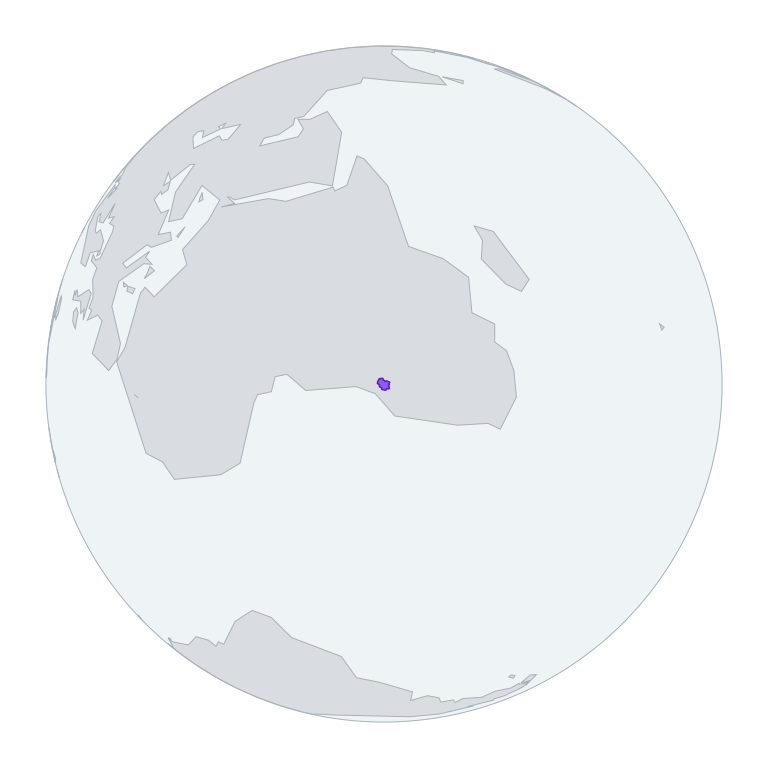 the Earth from above Huambo, rotated 297°
{"feature_id": "AGO-1890", "entity_name": "Huambo", "entity_type": "Province", "adm_level": 1, "iso_a3": "AGO", "parent_name": "Angola", "parent_adm1": "", "projection": "orthographic", "projection_center": [15.812, -12.604], "detail": "coarse", "context": "on_globe", "style": "filled", "palette": "violet", "viewbox_px": 768, "rotation_deg": 297, "n_neighbors": 0, "source": "natural_earth", "source_scale": "10m", "svg_char_len": 5619}
<svg xmlns="http://www.w3.org/2000/svg" viewBox="0 0 768 768"><g transform="rotate(297 384 384)"><circle cx="384" cy="384" r="338" fill="#eef3f6" stroke="#a8b0b8"/><path d="M193.3,105.0L192.3,105.8L187.4,109.3L180.3,114.4L193.3,105.0ZM159.5,131.5L156.3,134.4L153.0,137.4L159.5,131.5ZM52.5,318.7L50.6,328.8L54.6,309.2L53.6,316.0L59.6,307.2L58.2,312.2L62.7,328.2L73.5,331.2L76.0,343.8L74.1,353.3L79.2,353.5L79.3,359.3L104.9,359.1L122.4,369.3L124.8,389.7L116.1,416.8L121.8,469.7L109.8,492.9L116.0,514.6L122.6,549.1L114.1,551.4L126.1,564.4L129.3,575.4L126.4,579.0L134.1,589.4L132.4,591.9L139.5,597.0L149.1,613.2L160.8,622.6L170.9,635.2L178.7,640.4L178.0,641.2L180.5,644.4L184.9,647.8L177.2,645.4L160.9,632.9L153.3,624.9L152.1,625.1L134.5,604.9L137.8,610.0L114.7,582.6L99.1,557.8L66.8,490.6L61.8,479.1L57.2,469.7L55.0,461.3L50.4,437.8L47.4,414.0L46.1,390.1L46.6,366.2L48.7,342.3L52.5,318.7ZM194.2,651.8L179.9,647.2L186.0,648.7L179.9,641.8L191.2,646.4L194.2,651.8ZM180.6,633.1L179.7,628.2L182.5,629.3L183.7,633.0L180.6,633.1ZM491.6,63.7L495.8,65.2L498.0,65.9L495.7,65.1L518.9,74.2L541.4,85.0L563.0,97.4L583.7,111.4L603.2,126.8L621.6,143.7L638.7,161.9L654.4,181.3L668.6,201.8L681.2,223.3L692.3,245.6L701.7,268.7L709.3,292.5L715.2,316.7L711.1,300.4L715.3,322.7L719.9,348.6L721.7,374.5L720.5,362.4L718.1,339.6L716.0,329.8L712.7,309.7L703.6,277.4L702.1,278.6L698.6,267.0L685.8,239.5L681.6,241.0L677.4,263.1L682.9,293.0L678.7,303.7L658.6,255.3L647.4,226.3L641.5,226.6L619.7,200.1L586.0,191.1L580.0,183.8L574.0,185.6L558.4,176.9L548.7,165.7L539.8,165.2L565.3,195.3L574.7,196.3L580.8,187.2L586.3,197.9L601.1,209.7L589.1,232.0L537.1,248.1L530.1,225.8L480.2,167.3L480.6,161.6L480.3,161.0L479.6,159.8L477.0,168.9L467.8,158.6L496.6,196.7L502.3,213.8L536.4,249.4L533.7,252.5L544.1,260.7L575.0,256.4L575.6,263.9L562.2,297.3L517.7,343.4L522.5,379.8L517.5,410.9L487.4,430.0L487.7,455.4L471.8,463.5L469.2,478.1L455.2,493.4L432.5,507.9L396.5,508.1L396.1,494.4L380.8,468.5L360.4,408.2L371.4,380.7L369.0,360.3L342.7,317.2L348.6,293.1L341.1,283.7L326.0,287.1L317.1,276.2L307.7,276.7L248.1,291.7L229.0,279.7L203.9,240.6L214.0,222.0L214.2,203.5L282.4,135.7L298.7,136.7L354.5,125.7L361.8,127.2L357.2,139.6L400.7,154.2L412.3,143.5L449.7,153.2L473.4,154.2L478.3,131.7L439.6,129.2L430.9,118.4L460.3,111.1L493.9,115.6L491.6,111.7L468.7,101.3L474.7,95.8L460.6,97.5L467.6,101.6L458.9,103.3L452.0,99.8L454.4,97.7L443.9,95.5L435.1,107.7L441.3,113.2L414.6,115.0L422.3,124.8L415.6,129.3L400.2,114.8L400.4,109.6L373.0,96.4L370.4,101.7L396.0,115.0L388.7,114.0L385.3,122.9L382.2,115.4L354.9,101.1L329.7,106.2L300.4,130.8L285.1,134.8L271.0,132.6L278.8,110.2L312.2,104.2L315.4,97.7L306.2,90.7L317.1,90.0L317.5,86.9L329.9,85.1L344.9,76.9L357.1,75.4L360.8,67.4L367.5,66.0L363.4,70.8L367.1,74.0L397.2,73.0L402.3,71.3L402.3,66.6L410.6,67.6L406.7,63.3L422.9,62.5L399.9,60.5L399.2,56.6L407.7,54.3L403.3,53.0L389.5,57.1L387.7,59.3L392.7,61.4L384.2,69.1L374.4,70.8L367.7,62.7L353.0,64.7L354.2,58.9L390.9,49.1L407.3,48.6L439.3,53.9L436.8,55.0L424.0,53.4L437.9,57.7L435.7,55.9L442.6,57.3L443.7,55.2L448.6,56.2L441.3,53.2L447.4,54.1L452.0,56.0L458.9,55.4L471.1,58.1L470.3,57.6L465.9,56.4L484.3,61.4L482.9,60.9L476.3,59.0L471.8,57.7L491.6,63.7ZM261.3,166.1L260.0,171.4L260.0,171.5L261.3,166.1ZM531.4,134.1L550.1,138.4L538.1,123.7L544.4,124.5L538.0,119.7L537.2,122.7L521.1,110.3L527.9,108.4L523.8,103.2L517.3,101.7L507.4,107.4L530.4,124.6L527.6,129.1L531.4,134.1ZM59.9,306.7L60.2,309.5L58.9,310.8L59.9,306.7ZM66.0,270.6L66.6,270.4L64.9,273.8L66.0,270.6ZM65.5,271.2L65.4,271.6L63.6,276.6L65.5,271.2ZM174.2,119.9L167.6,125.9L170.4,123.0L165.3,127.0L164.9,126.7L184.9,111.1L175.9,117.8L174.2,119.9ZM307.3,74.7L312.3,75.5L308.6,79.1L293.1,83.7L298.2,78.4L307.3,74.7ZM320.1,76.2L317.7,68.4L327.3,66.1L322.3,68.5L328.9,67.8L322.7,71.7L334.1,78.2L331.6,82.0L304.3,86.9L314.6,82.8L309.2,81.8L320.1,76.2ZM294.9,61.3L294.1,60.4L315.9,56.3L314.2,57.8L298.7,61.8L291.5,62.4L294.9,61.3ZM331.8,50.1L331.3,50.2L322.4,51.7L320.2,52.3L317.2,52.8L315.8,53.5L312.9,53.8L307.2,55.2L313.0,54.2L268.2,66.7L251.6,73.4L239.3,79.3L236.0,80.3L239.4,78.6L261.7,69.0L284.6,61.0L308.0,54.7L331.8,50.1ZM369.0,122.5L374.4,122.8L382.6,122.0L380.6,128.1L369.0,122.5ZM350.0,112.7L354.8,111.6L356.0,118.8L350.3,119.0L350.0,112.7ZM356.4,105.5L354.9,111.0L352.4,108.1L356.4,105.5ZM367.7,70.0L372.7,69.2L373.6,70.3L371.4,72.1L367.7,70.0ZM387.0,46.1L385.8,46.1L381.4,46.1L387.0,46.1ZM472.3,135.0L466.1,138.9L462.3,136.5L465.2,135.6L472.3,135.0ZM421.7,132.2L433.7,135.4L421.0,133.9L421.7,132.2ZM562.7,602.2L561.8,607.8L558.1,607.1L562.7,602.2ZM569.5,412.1L543.1,465.9L528.9,464.4L528.3,447.2L539.5,414.0L556.8,406.5L565.8,392.6L569.5,412.1ZM718.9,429.4L719.5,422.8L720.1,418.2L720.0,420.4L718.9,429.4ZM720.2,417.6L720.5,394.4L714.7,339.1L717.0,343.2L721.7,380.9L721.6,385.0L721.4,402.0L720.2,417.6ZM684.1,296.3L690.3,316.8L687.4,318.2L684.1,296.3ZM447.4,52.1L449.2,52.5L458.3,54.5L444.8,51.8L441.4,51.0L447.4,52.1Z" fill="#d9dde1" stroke="#a8b0b8" stroke-width="1"/><path d="M383.6,377.2L384.4,377.4L385.4,377.2L386.7,377.5L386.9,378.2L387.8,379.0L387.9,379.4L388.4,379.9L388.4,380.3L387.8,381.3L387.1,382.0L387.3,383.0L387.2,383.4L386.8,383.7L387.3,384.6L388.0,384.9L388.2,388.0L388.1,388.4L386.5,388.3L385.9,388.9L385.6,389.0L384.9,388.7L383.6,390.0L382.4,390.8L382.2,390.1L381.6,390.0L381.4,389.2L381.1,388.6L380.0,388.7L379.1,388.0L378.8,387.4L378.9,386.8L378.2,385.1L378.2,384.5L378.9,383.9L379.6,383.6L379.4,382.4L379.4,381.7L379.7,381.0L380.0,380.7L381.1,380.3L381.5,380.2L381.4,379.5L381.6,379.1L381.3,378.4L381.4,378.0L381.6,377.8L383.6,377.2Z" fill="#8b5cf6" stroke="#5b21b6" stroke-width="1.5"/></g></svg>